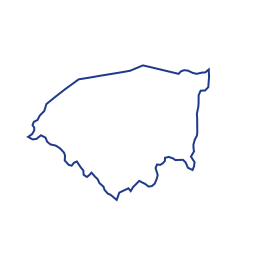 the district of Cachoeira dos Índios, Paraíba, Brazil, rotated 249°
{"feature_id": "56859067B57784829245035", "entity_name": "Cachoeira dos Índios", "entity_type": "district", "adm_level": 2, "iso_a3": "BRA", "parent_name": "Brazil", "parent_adm1": "Paraíba", "projection": "mercator", "projection_center": [-38.71, -6.947], "detail": "fine", "context": "isolated", "style": "outline", "palette": "blue", "viewbox_px": 256, "rotation_deg": 249, "n_neighbors": 0, "source": "geoboundaries", "source_scale": "gbopen_adm2", "svg_char_len": 1346}
<svg xmlns="http://www.w3.org/2000/svg" viewBox="0 0 256 256"><g transform="rotate(249 128 128)"><path d="M65.7,173.2L68.4,175.8L72.2,177.9L78.7,176.5L82.6,181.3L85.6,181.9L89.0,183.1L93.1,186.1L96.2,189.6L98.8,191.0L112.7,196.2L116.4,197.3L122.7,201.3L126.2,202.9L133.3,205.7L136.8,209.2L135.4,213.4L137.4,217.6L147.4,222.3L150.4,223.2L153.7,224.4L152.2,220.1L153.3,216.5L153.9,211.6L156.3,208.1L160.1,204.5L161.9,201.0L161.9,197.6L160.4,194.7L164.5,188.7L178.6,168.1L181.1,164.3L180.7,150.4L182.9,139.2L186.7,121.0L188.5,111.8L191.1,99.4L186.7,83.0L183.1,71.2L179.6,60.4L177.0,58.4L173.8,55.8L172.5,52.8L171.1,49.9L167.9,46.4L167.5,42.3L164.9,39.9L161.9,40.6L159.2,39.5L156.6,36.1L155.5,31.6L151.6,34.8L150.6,38.5L152.4,44.1L148.6,47.5L144.2,47.6L140.6,49.6L137.4,54.3L133.3,57.3L128.0,59.4L125.1,59.4L120.3,57.3L114.7,59.5L113.0,61.9L114.9,65.1L115.1,68.2L107.7,69.9L104.4,71.1L100.2,69.8L97.0,72.1L98.0,75.2L99.4,77.9L94.4,79.8L91.1,81.3L86.8,81.6L82.0,84.1L78.8,83.9L74.0,85.6L71.8,87.8L64.9,91.7L70.8,96.7L71.5,106.8L68.1,107.9L71.1,111.7L72.8,115.6L74.6,119.5L72.1,121.7L69.5,124.1L66.0,126.2L65.2,129.4L66.5,133.1L70.7,137.0L73.5,138.9L80.7,139.4L83.5,142.0L82.0,145.0L82.6,147.9L84.0,150.6L86.9,151.9L86.4,155.7L83.4,159.2L81.1,160.7L78.6,167.9L75.4,169.4L69.4,169.7L65.7,173.2Z" fill="none" stroke="#1e3a8a" stroke-width="2"/></g></svg>